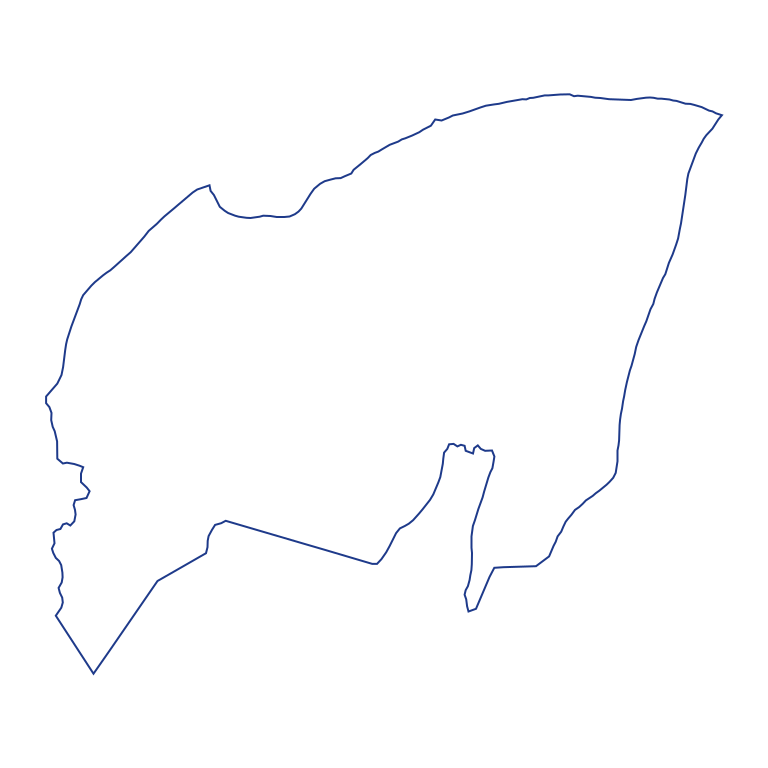 outline of Limoeiro do Ajuru, Pará, Brazil
{"feature_id": "56859067B66751862991607", "entity_name": "Limoeiro do Ajuru", "entity_type": "district", "adm_level": 2, "iso_a3": "BRA", "parent_name": "Brazil", "parent_adm1": "Pará", "projection": "equal_earth", "projection_center": [-49.456, -1.886], "detail": "fine", "context": "isolated", "style": "outline", "palette": "blue", "viewbox_px": 768, "rotation_deg": 0, "n_neighbors": 0, "source": "geoboundaries", "source_scale": "gbopen_adm2", "svg_char_len": 3610}
<svg xmlns="http://www.w3.org/2000/svg" viewBox="0 0 768 768"><path d="M549.1,556.4L553.6,545.8L555.7,541.8L557.6,536.4L561.2,531.7L563.4,526.5L565.7,521.7L568.2,518.5L571.4,514.8L575.0,509.9L579.1,507.1L582.6,503.9L585.9,500.4L592.7,495.9L595.8,493.2L599.3,490.7L606.6,484.7L609.4,482.0L613.2,477.8L615.7,472.9L617.5,461.3L617.5,450.5L618.5,445.4L619.1,440.4L619.6,425.0L620.1,419.5L620.9,413.9L622.0,408.7L623.1,401.2L624.1,396.5L625.2,390.0L626.9,382.1L629.9,370.4L631.5,365.8L634.7,354.1L636.2,346.9L638.5,340.2L644.2,326.1L646.3,321.3L650.5,309.2L653.3,304.0L654.6,298.8L656.9,292.4L663.0,278.0L665.3,274.2L668.9,262.9L672.6,254.5L676.1,244.7L678.1,238.5L679.8,229.2L681.0,223.4L684.0,203.6L685.3,195.0L687.3,179.0L688.4,173.5L695.8,153.5L698.8,147.5L701.7,142.6L703.7,138.8L706.3,135.2L712.4,128.7L718.3,119.5L721.9,115.2L716.0,113.3L712.5,111.4L709.0,110.6L701.7,107.1L694.2,104.9L690.3,103.9L685.5,103.7L676.5,100.9L673.1,100.5L669.5,99.5L661.7,98.7L657.9,98.7L653.6,97.8L650.0,97.5L645.9,97.7L636.9,98.9L631.0,100.0L609.1,99.2L600.3,98.0L595.1,97.7L590.9,96.9L577.8,95.7L574.0,96.2L569.7,94.3L560.2,94.5L548.3,95.4L544.7,95.4L533.2,97.8L529.8,98.0L526.3,99.4L522.4,99.2L506.9,101.9L498.9,103.8L494.2,104.4L485.9,105.7L480.6,107.4L469.4,111.4L462.6,113.5L452.8,115.5L448.9,117.5L441.6,120.5L435.2,119.5L430.9,125.7L423.0,129.7L419.3,132.2L412.0,135.6L405.3,138.3L401.8,139.4L398.2,141.6L389.7,144.8L381.7,149.5L378.3,151.6L374.8,152.9L370.7,155.0L367.6,158.2L361.1,163.7L353.6,169.8L351.3,173.5L344.6,176.3L340.7,178.1L335.6,178.3L330.5,179.6L324.7,181.2L320.1,183.8L314.2,188.7L310.5,193.9L301.3,208.6L298.5,211.6L294.9,214.2L289.6,216.5L284.3,217.0L276.7,217.0L270.4,216.0L263.2,215.7L259.7,216.7L250.5,218.0L246.5,217.8L238.7,216.7L235.1,215.7L228.1,213.0L224.6,210.7L219.8,206.8L213.9,195.0L210.6,190.9L209.5,185.3L197.2,189.5L192.7,192.5L177.6,205.3L174.7,207.8L164.4,216.4L160.9,219.7L157.0,223.7L148.7,230.9L144.3,236.6L130.7,252.2L126.1,256.2L114.9,266.3L110.3,270.3L106.6,272.7L103.1,275.3L94.8,282.2L91.3,285.7L83.2,295.1L81.2,299.3L79.7,304.2L71.4,326.4L67.2,339.4L66.1,344.2L65.2,350.1L63.1,367.1L61.5,375.0L57.3,383.6L54.7,386.6L46.1,396.5L46.1,403.2L49.4,407.1L51.5,412.9L51.2,420.1L52.7,426.8L54.7,431.2L57.1,441.4L57.3,458.7L62.9,463.5L66.9,462.7L74.2,464.0L79.5,465.7L83.2,467.2L81.0,473.6L81.0,482.1L86.7,487.5L89.6,491.2L86.5,498.0L80.8,499.2L75.1,500.2L73.6,505.1L75.0,509.9L75.6,514.5L74.3,521.3L70.3,525.5L66.7,523.3L63.0,524.4L60.4,529.0L56.5,530.0L53.5,532.7L54.5,543.3L51.9,548.7L53.3,553.0L55.8,557.9L59.1,561.0L61.2,565.1L62.4,572.6L62.6,577.3L61.7,582.5L58.6,587.9L59.9,592.9L62.2,597.6L62.8,602.5L61.3,607.7L55.8,615.7L93.5,673.7L109.6,650.6L157.5,581.0L184.4,565.6L206.0,553.2L207.5,547.2L207.7,540.8L208.6,536.1L211.9,530.0L215.1,524.9L221.2,523.2L225.7,520.8L306.5,544.5L324.7,549.8L372.3,563.9L377.0,563.9L381.4,559.2L386.2,552.3L389.6,546.1L396.1,533.1L399.9,528.4L404.8,526.0L408.8,523.7L413.1,520.2L419.1,513.5L422.6,509.3L430.0,499.9L433.3,494.4L438.3,482.5L440.3,477.1L442.8,463.8L443.3,458.6L444.1,452.6L447.3,448.9L449.1,444.3L453.6,443.9L457.4,446.4L460.9,444.8L464.6,445.8L465.7,450.8L473.0,453.5L474.2,448.1L477.8,445.4L480.8,448.9L485.1,450.8L492.0,450.5L494.4,456.5L493.5,462.0L492.4,468.2L490.4,472.1L488.4,477.4L484.1,491.7L482.6,497.4L478.4,508.9L474.9,520.3L472.9,526.0L471.5,536.4L471.5,547.8L472.0,553.0L471.8,564.2L471.4,570.1L470.3,575.4L469.6,580.0L467.9,586.2L465.7,590.1L464.6,594.7L466.2,599.3L467.1,606.3L468.5,611.5L476.0,608.8L489.5,577.0L494.3,567.8L503.4,567.2L536.0,566.2L549.1,556.4Z" fill="none" stroke="#1e3a8a" stroke-width="2"/></svg>